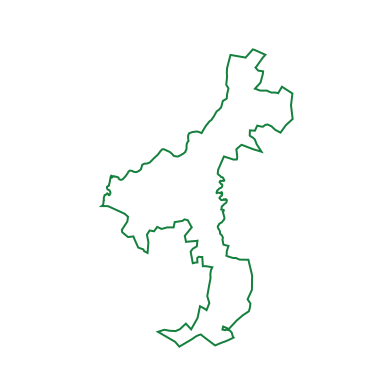 outline of Wudil, Kano, Nigeria, rotated 14°
{"feature_id": "59680162B14541309037731", "entity_name": "Wudil", "entity_type": "district", "adm_level": 2, "iso_a3": "NGA", "parent_name": "Nigeria", "parent_adm1": "Kano", "projection": "natural_earth1", "projection_center": [8.871, 11.763], "detail": "fine", "context": "isolated", "style": "outline", "palette": "green", "viewbox_px": 384, "rotation_deg": 14, "n_neighbors": 0, "source": "geoboundaries", "source_scale": "gbopen_adm2", "svg_char_len": 5491}
<svg xmlns="http://www.w3.org/2000/svg" viewBox="0 0 384 384"><g transform="rotate(14 192 192)"><path d="M196.2,49.7L196.1,55.9L196.1,58.1L196.1,63.6L197.0,68.1L198.0,71.1L198.5,74.1L199.3,79.7L202.3,82.6L202.4,88.9L203.1,92.8L202.8,93.3L199.9,96.1L199.8,102.7L198.6,105.1L196.4,107.9L194.9,113.3L193.4,117.3L191.8,119.4L189.5,124.3L187.6,130.5L187.1,132.5L184.2,132.1L182.0,132.1L177.8,133.8L175.0,135.7L174.6,138.0L174.8,139.4L175.6,141.7L176.3,143.5L175.6,144.7L175.5,145.5L175.3,146.3L175.4,147.3L175.5,148.4L176.0,150.4L176.3,152.0L176.1,152.9L175.8,153.9L175.9,154.6L174.3,156.9L173.4,157.6L172.3,158.9L171.7,159.3L169.9,160.9L167.9,161.3L165.6,161.4L163.3,159.8L160.7,158.5L154.2,157.3L152.7,157.9L151.5,160.0L149.9,163.9L147.2,168.0L143.8,173.7L141.4,175.3L138.8,176.1L137.1,177.8L137.0,182.3L135.5,184.3L133.9,185.7L132.7,186.3L130.5,186.5L128.9,186.0L126.6,186.2L125.5,187.4L124.9,189.8L124.3,191.2L123.8,192.6L121.6,196.6L119.7,197.5L118.6,197.3L117.7,196.9L117.2,195.8L115.3,195.5L114.3,195.6L113.3,195.8L112.8,195.5L112.4,195.5L111.5,195.8L111.3,196.8L110.8,197.3L110.3,196.7L110.1,195.8L109.7,195.7L109.5,196.1L109.4,197.0L109.5,199.0L109.8,203.0L109.7,205.1L109.9,205.9L109.1,206.6L108.3,207.5L108.4,208.5L109.4,209.8L109.8,210.0L110.7,210.2L111.4,210.3L112.2,211.1L112.9,212.1L113.1,212.9L113.1,213.5L112.7,214.1L112.7,215.0L112.1,215.2L111.5,214.8L110.9,214.2L110.1,213.9L110.0,214.1L108.9,215.6L108.0,216.1L107.8,219.3L108.6,221.4L108.3,221.9L108.5,222.8L108.7,223.9L108.8,225.0L108.6,226.1L108.2,227.0L107.8,227.5L112.3,226.4L114.3,226.1L131.9,229.4L132.5,229.7L135.9,231.5L136.4,236.3L133.1,245.7L134.0,247.9L140.8,251.2L145.9,249.3L146.1,249.7L153.2,258.9L158.7,259.5L159.0,259.8L159.9,261.0L163.6,261.9L161.9,251.4L158.6,244.3L160.2,239.6L164.7,239.3L166.7,234.3L171.4,235.2L176.6,232.3L182.7,230.8L182.5,225.4L189.8,222.3L191.3,220.4L194.7,220.4L199.9,226.0L200.3,226.3L195.6,236.3L198.1,241.4L198.2,241.8L208.9,238.1L209.1,238.0L209.8,243.6L206.4,247.0L205.1,250.1L209.4,259.6L210.0,260.9L211.2,260.3L212.1,259.8L214.3,259.0L213.0,254.9L214.2,253.2L215.2,253.1L216.7,252.9L217.7,252.6L220.5,261.4L223.5,260.6L229.9,260.1L229.3,263.2L229.5,265.5L229.7,267.5L230.2,268.8L230.8,271.1L231.0,273.6L231.1,275.8L231.1,276.4L232.0,289.5L232.4,290.0L235.7,295.6L234.7,303.1L232.5,302.2L227.4,300.9L227.9,312.7L227.2,315.4L224.4,325.5L217.9,321.2L213.5,328.0L209.8,330.9L204.1,332.0L198.4,332.4L192.8,335.9L206.5,339.9L211.8,341.4L217.1,345.1L227.6,334.8L230.5,331.4L231.8,330.3L233.3,329.1L235.2,328.1L237.0,329.1L251.5,335.3L257.4,330.9L260.8,328.7L263.4,326.7L267.6,323.2L266.2,321.8L265.2,319.9L264.8,319.2L264.2,318.6L263.4,318.0L262.8,317.6L262.3,317.3L261.4,317.2L259.9,317.2L258.8,317.2L257.6,318.1L254.8,318.1L254.8,315.0L258.8,315.6L258.7,316.3L259.9,316.4L260.9,315.9L266.5,305.8L271.3,299.1L276.0,294.0L276.2,290.1L275.6,286.0L271.9,282.7L273.8,272.5L270.6,258.6L263.1,244.1L254.5,246.1L250.5,245.4L247.8,246.1L242.0,245.8L240.8,245.5L240.7,244.4L240.6,243.8L240.6,243.4L240.1,241.4L240.4,235.5L235.3,235.5L234.7,234.4L233.8,232.3L233.1,231.0L233.1,230.2L233.1,229.1L232.6,228.2L231.6,227.0L230.4,226.2L229.6,225.9L229.2,225.4L228.9,224.1L228.6,223.4L227.8,222.5L227.1,221.8L226.4,221.1L225.7,220.2L225.4,219.4L225.4,218.5L225.8,217.9L226.1,216.4L226.9,215.5L227.4,214.9L228.3,214.3L228.7,213.3L229.0,212.4L229.5,211.5L229.9,210.8L229.7,210.1L229.8,209.3L226.7,203.7L227.2,203.3L227.3,202.5L227.1,201.8L226.3,201.8L225.5,201.9L225.0,202.0L224.6,201.9L224.7,201.0L224.5,200.0L224.4,199.1L224.5,198.6L225.2,197.8L225.8,196.5L226.7,195.4L227.5,194.4L227.9,193.7L227.9,191.9L227.6,191.3L227.1,190.9L226.5,190.8L226.3,191.3L225.9,191.7L225.6,191.8L225.2,191.8L225.1,191.4L224.9,191.3L224.6,191.4L224.6,191.8L224.3,192.0L224.0,192.2L223.4,192.5L222.6,192.7L222.0,192.6L221.5,192.2L220.9,191.8L220.5,191.6L220.2,191.5L220.1,191.1L220.2,190.6L220.4,190.3L220.5,189.8L220.9,189.4L221.4,188.8L221.8,188.2L221.9,187.5L221.8,186.7L221.6,186.1L221.5,185.7L221.3,185.3L221.0,185.1L220.6,185.0L220.3,185.4L220.2,186.0L220.0,186.4L219.4,186.3L218.6,186.2L217.9,186.2L217.3,186.5L216.7,186.8L216.4,187.1L216.0,186.9L216.0,186.5L216.1,186.1L216.0,185.6L216.0,184.9L216.3,184.2L217.2,182.9L217.5,182.3L217.8,181.8L218.5,181.4L219.2,180.8L219.6,180.3L219.8,179.2L219.9,178.4L219.6,177.7L219.4,177.4L219.1,177.3L218.6,177.2L218.2,177.1L217.8,176.9L217.5,176.7L217.2,176.3L217.0,176.1L216.5,175.9L216.4,175.4L216.5,174.8L216.7,174.5L217.0,174.2L217.3,174.2L217.8,174.1L218.2,174.1L218.6,173.9L219.0,173.7L219.4,173.6L219.9,173.6L220.2,173.5L220.4,173.4L220.6,173.2L220.5,172.8L220.4,172.7L220.2,172.5L220.0,172.3L219.7,171.9L218.9,170.9L218.2,170.4L217.4,170.4L216.7,170.4L216.2,170.2L215.8,169.8L215.4,169.5L214.9,169.3L214.4,169.2L213.8,168.9L213.0,168.4L212.5,168.0L212.0,163.9L214.4,149.8L224.8,150.5L225.6,150.1L227.5,149.7L227.7,149.2L227.3,146.6L224.7,139.8L225.8,138.2L226.9,136.7L227.5,135.7L228.7,134.2L241.1,135.7L249.7,136.1L243.1,129.9L240.5,126.1L239.0,125.0L237.2,124.3L234.8,123.6L234.3,123.1L233.3,118.2L238.2,117.3L239.2,112.1L239.3,111.8L243.0,111.8L245.0,111.5L246.8,109.3L248.9,108.2L253.4,109.1L257.6,111.5L263.5,113.0L266.9,104.5L272.0,96.8L267.1,84.0L265.6,72.1L263.8,71.5L253.8,68.1L251.7,75.3L250.6,75.2L248.0,75.5L245.3,76.3L242.4,76.0L240.1,75.5L233.7,77.1L228.1,76.5L232.0,69.4L232.2,60.6L231.8,57.7L226.9,58.2L223.5,55.9L224.3,54.4L228.1,44.7L230.0,41.1L219.0,39.1L216.5,38.9L211.5,48.6L196.2,49.7Z" fill="none" stroke="#15803d" stroke-width="2"/></g></svg>